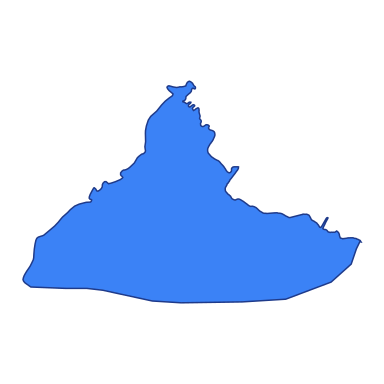 outline of Cap Estate/Upper Saline Point, Saint Lucia
{"feature_id": "8701671B39792436227120", "entity_name": "Cap Estate/Upper Saline Point", "entity_type": "district", "adm_level": 2, "iso_a3": "LCA", "parent_name": "Saint Lucia", "parent_adm1": "", "projection": "mercator", "projection_center": [-60.944, 14.108], "detail": "fine", "context": "isolated", "style": "filled", "palette": "blue", "viewbox_px": 384, "rotation_deg": 0, "n_neighbors": 0, "source": "geoboundaries", "source_scale": "gbopen_adm2", "svg_char_len": 5957}
<svg xmlns="http://www.w3.org/2000/svg" viewBox="0 0 384 384"><path d="M361.0,241.9L360.2,240.5L359.2,240.0L358.4,239.6L357.9,239.3L356.8,239.0L356.3,238.6L355.5,238.4L354.6,238.4L353.6,238.0L352.9,237.8L352.2,237.8L351.7,237.8L351.1,237.8L350.4,237.8L349.3,237.9L348.7,237.9L348.0,237.9L347.2,238.1L346.7,238.2L345.9,238.3L345.4,238.4L344.8,238.5L344.1,238.5L343.5,238.6L342.9,238.8L342.1,238.5L341.5,238.3L340.9,238.2L340.4,238.1L340.1,237.5L339.9,236.8L339.6,236.0L339.4,235.3L339.3,234.3L338.8,233.2L338.5,232.6L337.7,231.8L336.7,231.0L335.8,231.6L335.3,232.0L334.3,232.3L333.3,232.2L332.7,232.3L331.7,232.2L331.0,232.2L330.1,232.5L329.1,232.1L328.3,232.0L327.7,231.4L327.3,230.8L326.6,230.1L325.7,229.6L325.1,229.5L324.4,229.5L323.8,229.3L322.9,228.7L323.2,227.5L323.7,226.6L324.0,225.8L324.3,225.3L324.8,224.4L325.1,223.6L325.6,222.6L325.8,222.1L326.2,221.4L326.7,220.5L327.0,219.9L327.5,219.0L327.8,218.6L327.9,217.8L327.3,217.6L326.7,217.9L326.2,218.5L325.9,219.0L322.2,225.5L321.7,226.3L321.4,226.7L320.7,227.4L320.2,227.4L319.6,227.1L319.3,226.6L318.6,225.4L318.3,224.9L317.8,224.4L317.3,223.8L316.8,223.1L316.4,222.8L315.9,222.5L315.1,222.0L314.2,221.3L313.3,220.9L312.5,220.4L311.6,219.9L311.0,218.9L310.7,218.2L310.2,217.2L309.9,216.7L309.5,216.0L309.2,215.5L308.8,215.1L307.9,214.7L307.2,214.4L306.7,214.2L305.1,214.3L304.3,214.2L303.8,214.2L303.0,214.1L302.4,214.5L301.7,214.6L300.1,215.0L290.3,217.5L289.1,217.6L288.1,217.1L287.4,216.7L286.3,216.2L285.6,215.9L284.3,215.0L283.5,214.6L282.5,214.0L281.8,213.7L280.8,213.4L280.3,213.3L279.3,213.2L278.7,213.2L277.9,213.1L277.2,212.8L275.9,212.8L275.3,212.9L274.2,212.9L266.8,213.5L266.1,213.3L265.4,213.3L264.4,213.3L263.6,213.2L262.7,212.8L262.1,212.4L261.2,211.9L260.6,211.5L259.8,211.1L259.3,210.6L258.8,210.2L258.3,209.7L257.8,209.2L257.3,208.7L256.8,208.3L256.3,207.8L255.8,207.5L254.8,207.0L254.2,206.7L253.1,206.4L252.3,206.2L251.4,206.3L250.9,206.4L250.0,206.2L249.5,206.0L248.6,205.4L248.1,205.0L247.6,204.7L247.0,204.1L246.6,203.8L246.1,203.5L245.7,203.2L245.2,202.8L244.6,202.4L243.9,201.8L242.7,201.0L242.2,200.8L241.7,200.4L240.7,199.8L239.7,199.3L239.0,199.1L238.3,199.0L237.8,199.0L237.2,199.2L236.4,199.5L235.7,199.8L235.1,200.1L234.5,199.9L233.6,199.6L233.1,199.3L232.1,198.8L231.7,198.3L231.3,197.6L230.9,196.9L230.5,196.1L229.9,195.7L229.5,195.3L229.0,194.8L228.5,194.5L228.0,194.1L227.6,193.8L227.2,193.1L226.6,192.6L226.1,191.9L225.7,191.4L225.4,190.9L225.3,189.9L225.2,188.7L225.3,188.0L225.5,187.4L225.9,186.7L226.3,186.0L226.7,185.3L227.0,184.6L227.2,183.8L227.8,183.4L228.2,182.9L228.5,182.3L229.1,181.6L229.6,180.8L230.1,179.6L231.0,178.7L233.5,175.4L235.0,173.5L236.3,171.6L237.7,169.8L238.4,168.3L238.5,166.9L237.8,166.8L236.7,166.8L235.6,166.8L234.3,166.8L233.0,167.0L232.4,167.5L231.6,168.3L231.5,169.4L231.5,170.5L231.3,171.4L230.9,171.8L230.4,172.4L229.5,172.8L228.8,172.7L227.5,172.0L227.1,171.6L226.5,170.8L226.1,170.3L225.6,169.3L225.2,168.7L224.5,167.7L223.8,166.6L223.2,165.9L222.5,165.1L221.9,164.5L221.3,163.9L220.6,163.1L220.2,162.5L219.7,162.0L219.3,161.5L218.6,161.0L217.9,160.5L217.4,160.4L217.0,160.2L216.4,159.9L215.9,159.6L215.0,159.1L214.5,158.9L214.1,158.5L213.6,158.3L212.7,157.5L211.6,156.9L210.7,155.9L209.5,154.5L208.9,153.8L208.3,153.2L208.0,152.4L207.7,151.4L207.6,150.5L207.7,148.7L208.1,147.7L208.8,146.2L209.4,145.4L209.7,144.5L210.3,143.8L210.9,143.1L211.3,142.3L212.0,141.6L212.5,140.7L213.1,139.8L213.5,138.8L213.8,138.1L214.1,137.5L214.6,136.3L214.9,135.2L214.9,134.4L214.7,132.9L214.2,131.8L213.6,131.3L212.9,130.8L211.6,130.3L210.5,130.1L209.9,129.8L208.7,128.7L208.6,128.1L208.6,127.4L209.1,126.7L209.2,126.0L208.3,125.1L207.3,124.8L206.5,124.7L205.7,124.9L205.1,125.4L203.9,126.2L202.9,126.6L201.7,126.3L200.7,125.5L200.5,123.5L201.2,121.9L201.2,120.9L200.8,120.0L200.0,119.2L199.6,118.5L199.8,117.3L200.1,116.1L199.7,114.7L199.2,112.9L199.0,111.8L199.1,110.0L198.8,108.4L198.0,107.8L196.1,108.7L194.7,109.9L193.5,110.5L193.0,109.7L192.4,108.4L193.0,107.4L193.9,106.7L194.7,105.8L194.5,105.2L193.7,104.7L192.7,104.9L190.7,106.4L189.8,107.0L189.0,106.8L188.4,106.0L188.5,105.2L189.0,104.4L190.5,103.3L190.9,102.3L190.2,102.1L189.2,102.2L188.0,103.1L187.4,103.5L186.6,103.6L185.9,103.3L184.7,102.4L182.8,101.7L182.9,101.1L184.1,100.7L185.3,99.8L185.8,98.6L185.9,97.2L186.1,96.4L188.3,94.3L190.3,92.7L191.3,91.3L191.6,89.5L192.4,88.3L193.3,88.2L194.2,88.9L195.1,88.8L195.5,88.0L195.3,86.9L193.9,85.7L192.5,83.2L190.6,81.7L189.2,81.2L187.5,82.2L186.8,83.3L186.2,84.6L185.8,85.9L183.4,86.6L181.2,86.9L179.9,86.8L178.5,87.2L176.6,87.5L173.1,86.9L170.6,86.2L169.4,85.9L168.3,85.9L167.3,86.6L167.0,87.5L167.7,88.9L169.1,90.6L173.0,93.9L172.8,94.9L172.1,96.0L169.3,97.9L165.3,101.1L161.5,105.1L156.7,111.1L150.7,116.4L148.3,120.1L146.4,125.9L145.5,130.6L145.4,133.3L145.6,141.7L144.9,146.7L145.2,149.1L145.5,150.8L145.1,152.1L143.6,153.6L141.6,154.2L139.0,156.2L137.4,157.7L134.3,163.0L131.7,165.5L129.9,167.2L128.1,168.6L126.1,169.6L124.2,170.1L123.4,170.1L121.9,171.2L120.6,172.9L120.6,174.8L121.3,175.8L122.1,176.4L122.8,177.4L122.4,178.1L120.3,179.6L115.4,181.7L110.9,183.2L108.5,183.7L107.1,182.5L106.0,181.6L104.5,181.7L103.1,183.1L102.4,184.5L102.2,187.0L101.3,188.6L99.6,190.2L97.9,191.2L96.7,190.8L95.7,189.0L94.3,187.8L93.7,188.0L92.2,190.6L90.2,194.4L89.3,196.9L89.2,198.2L90.0,199.2L91.1,199.5L91.7,200.0L91.2,201.4L90.8,201.8L90.3,202.1L86.2,202.3L79.2,204.1L74.7,206.1L70.4,209.6L67.7,212.5L65.9,214.1L62.6,217.0L60.6,219.3L58.3,222.2L54.6,226.1L46.9,232.6L43.9,235.1L42.7,235.7L40.4,236.4L38.3,237.1L36.8,238.3L35.9,240.3L35.1,243.9L34.3,249.1L33.9,254.1L33.7,257.7L33.3,259.7L31.9,262.7L30.2,266.1L28.6,268.5L26.8,271.1L25.4,273.4L24.2,275.6L23.4,277.7L23.0,279.6L23.6,281.2L24.8,282.7L26.3,283.8L30.8,287.0L65.9,288.4L86.9,288.4L102.6,290.2L119.1,293.8L152.3,301.0L181.1,302.8L242.1,301.9L285.7,299.2L331.1,282.1L351.2,264.1L356.4,248.8L359.9,241.6L361.0,241.9Z" fill="#3b82f6" stroke="#1e3a8a" stroke-width="1.5"/></svg>